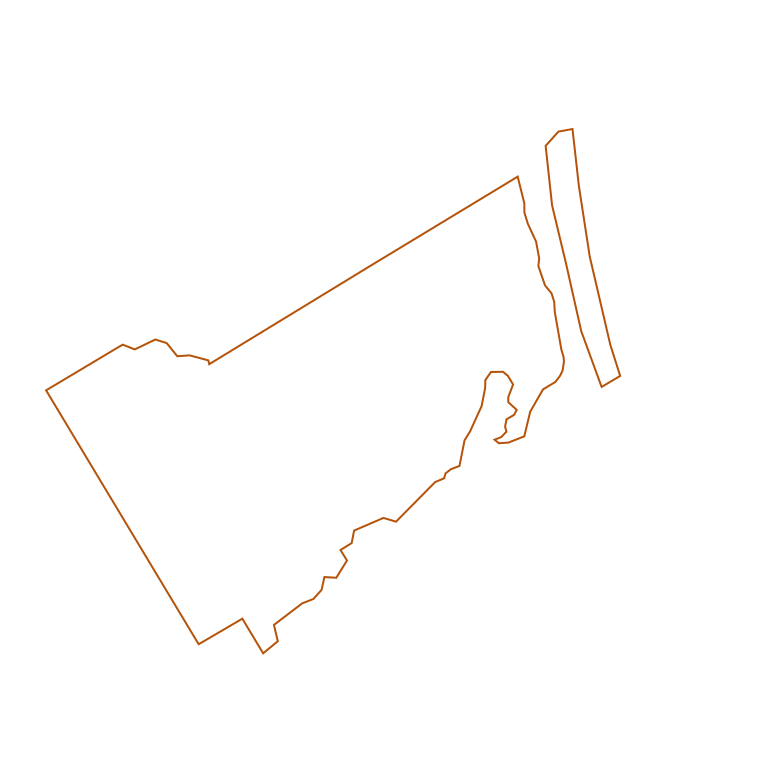 Kleberg, United States of America, rotated 329°
{"feature_id": "52423323B47433581718173", "entity_name": "Kleberg", "entity_type": "district", "adm_level": 2, "iso_a3": "USA", "parent_name": "United States of America", "parent_adm1": "", "projection": "orthographic", "projection_center": [-97.582, 27.423], "detail": "fine", "context": "isolated", "style": "outline", "palette": "amber", "viewbox_px": 768, "rotation_deg": 329, "n_neighbors": 0, "source": "geoboundaries", "source_scale": "gbopen_adm2", "svg_char_len": 1208}
<svg xmlns="http://www.w3.org/2000/svg" viewBox="0 0 768 768"><g transform="rotate(329 384 384)"><path d="M91.1,511.6L141.7,512.2L141.7,552.6L160.5,549.8L165.6,533.8L200.9,529.9L212.8,531.9L224.5,528.3L233.5,518.8L243.3,525.5L261.4,516.2L261.2,503.9L274.4,503.7L282.9,494.2L314.5,498.5L323.4,508.2L377.4,494.4L387.1,495.8L387.2,495.5L390.8,492.3L397.6,491.5L406.5,493.1L424.0,473.8L433.3,469.0L456.2,453.3L468.6,439.6L472.9,432.8L481.9,428.8L492.2,434.8L494.4,440.8L494.4,450.9L483.7,459.3L481.2,463.7L484.4,474.6L479.7,477.4L470.8,477.4L465.8,483.0L464.4,487.9L457.2,489.9L450.1,488.7L451.9,493.9L460.5,498.3L477.3,501.1L495.1,483.0L517.6,470.5L531.9,470.5L539.0,467.7L544.0,464.5L549.7,457.6L551.9,453.2L553.7,446.0L567.5,410.2L572.2,401.3L574.3,392.5L572.8,382.4L577.1,362.3L581.7,356.3L587.7,340.2L589.8,320.9L592.7,309.2L597.3,301.5L605.4,275.1L431.8,275.7L244.4,277.0L245.6,273.3L232.2,259.4L221.1,253.7L218.8,237.0L210.9,228.1L188.2,226.0L180.3,215.7L173.4,215.6L91.1,215.4L91.1,511.6ZM645.2,263.1L620.1,317.4L601.9,375.0L580.3,440.2L569.3,497.1L569.1,498.6L590.6,498.7L598.1,467.2L626.0,380.7L653.0,314.7L676.9,262.5L663.5,257.5L645.2,263.1Z" fill="none" stroke="#b45309" stroke-width="2"/></g></svg>